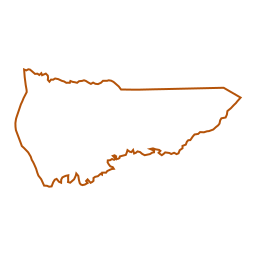 the district of Governador Edison Lobão, Maranhão, Brazil
{"feature_id": "56859067B27308579936525", "entity_name": "Governador Edison Lobão", "entity_type": "district", "adm_level": 2, "iso_a3": "BRA", "parent_name": "Brazil", "parent_adm1": "Maranhão", "projection": "orthographic", "projection_center": [-47.329, -5.727], "detail": "fine", "context": "isolated", "style": "outline", "palette": "amber", "viewbox_px": 256, "rotation_deg": 0, "n_neighbors": 0, "source": "geoboundaries", "source_scale": "gbopen_adm2", "svg_char_len": 2395}
<svg xmlns="http://www.w3.org/2000/svg" viewBox="0 0 256 256"><path d="M44.1,185.6L47.0,185.8L49.1,186.7L51.6,186.4L53.2,182.3L54.8,179.7L56.6,178.9L59.0,181.8L61.1,182.7L61.2,179.6L62.4,177.4L64.4,176.4L65.9,175.8L68.3,175.3L68.1,177.4L68.2,180.4L68.0,182.0L70.2,182.7L74.1,179.3L75.8,175.6L76.3,173.5L78.3,175.9L78.9,179.8L79.7,183.0L80.7,184.4L82.4,185.1L84.8,184.6L87.6,183.0L86.1,181.0L87.6,179.4L90.6,182.8L92.3,181.9L93.5,180.8L93.5,178.0L95.2,176.8L97.9,176.2L100.6,173.8L102.0,174.6L102.1,172.7L104.2,172.6L106.0,172.7L107.3,171.0L110.1,169.7L111.8,169.0L113.8,168.8L112.8,167.2L110.3,166.3L108.8,164.4L107.6,162.3L107.8,160.4L110.1,160.2L112.0,159.0L114.1,159.8L115.9,158.7L117.8,158.9L119.4,158.1L119.9,156.4L125.8,154.9L126.8,152.5L127.5,150.1L129.7,151.7L131.4,152.1L133.1,150.0L134.1,153.5L136.0,152.7L137.5,151.4L140.1,152.1L142.2,153.9L144.7,155.2L149.9,154.1L152.3,152.6L154.0,152.3L154.1,150.6L150.2,149.0L153.0,148.4L155.7,149.3L159.1,149.9L160.4,150.9L158.6,152.8L160.2,154.1L161.8,155.2L163.6,153.9L165.2,152.4L169.4,153.0L171.2,154.0L174.1,152.8L176.6,154.1L178.5,153.3L179.7,150.2L182.5,148.3L182.5,145.9L185.8,144.6L186.9,141.7L188.3,140.2L190.3,140.1L191.5,138.4L192.7,136.6L194.5,134.5L198.2,133.9L200.1,132.1L203.9,132.3L207.0,131.3L209.0,131.1L213.3,129.5L215.8,127.2L218.2,125.3L219.5,123.6L220.2,120.3L221.4,118.3L225.6,117.5L226.9,114.6L227.4,111.1L228.7,110.0L230.8,108.3L233.6,105.3L235.9,103.1L237.3,101.3L240.6,97.6L223.7,87.8L222.1,87.8L164.5,89.1L154.3,89.3L137.7,89.7L135.8,89.7L121.0,89.5L118.8,86.5L114.8,83.0L113.5,81.9L111.2,80.7L108.7,80.3L107.1,80.8L103.0,80.8L100.9,82.8L98.0,84.1L95.4,83.8L93.1,82.6L90.9,83.9L88.6,82.7L85.8,80.9L84.0,80.3L82.1,80.9L79.1,81.2L77.1,82.8L74.7,82.2L72.7,81.9L70.4,81.0L69.8,82.8L68.1,82.7L66.3,82.8L64.0,81.4L62.0,80.9L58.2,79.1L55.1,78.5L53.1,79.7L51.0,79.6L49.4,81.7L47.8,79.8L48.1,77.7L47.8,75.6L45.8,73.6L42.1,75.2L41.3,73.2L39.3,75.0L37.5,73.7L35.0,73.9L31.8,71.1L30.0,69.6L28.3,69.3L26.3,70.4L24.1,69.5L24.7,77.1L25.7,84.9L26.6,90.0L26.7,92.1L23.6,98.1L22.3,101.3L20.9,104.3L16.5,117.3L16.0,119.0L15.4,123.1L15.5,126.9L15.9,130.1L21.3,144.5L21.8,146.0L24.1,148.1L26.8,150.9L28.2,152.4L30.7,156.6L31.8,159.9L33.0,161.9L34.0,163.9L36.1,168.7L37.3,172.7L38.4,175.6L41.2,179.2L44.1,185.6ZM115.9,158.7L114.2,157.2L112.9,155.9L114.6,155.3L116.1,156.3L115.9,158.7Z" fill="none" stroke="#b45309" stroke-width="2"/></svg>